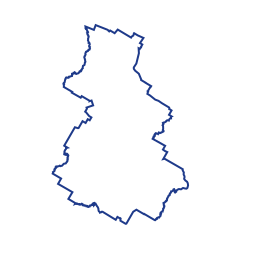 Central Goldfields, Victoria, Australia, rotated 22°
{"feature_id": "25037944B6031326285684", "entity_name": "Central Goldfields", "entity_type": "district", "adm_level": 2, "iso_a3": "AUS", "parent_name": "Australia", "parent_adm1": "Victoria", "projection": "natural_earth1", "projection_center": [143.694, -36.979], "detail": "fine", "context": "isolated", "style": "outline", "palette": "blue", "viewbox_px": 256, "rotation_deg": 22, "n_neighbors": 0, "source": "geoboundaries", "source_scale": "gbopen_adm2", "svg_char_len": 5740}
<svg xmlns="http://www.w3.org/2000/svg" viewBox="0 0 256 256"><g transform="rotate(22 128 128)"><path d="M53.0,113.3L53.1,114.0L62.8,115.4L62.7,116.3L72.8,117.6L73.1,115.8L82.6,117.2L82.6,117.3L83.9,116.2L87.2,120.1L81.9,124.6L82.7,125.5L82.2,128.9L83.3,129.2L87.5,131.5L90.1,131.9L89.6,135.2L87.4,134.9L86.8,139.2L83.3,138.7L82.2,146.5L81.7,146.9L78.5,147.2L75.5,168.3L79.3,168.9L78.6,169.4L78.2,169.4L78.0,169.7L78.4,170.3L78.1,171.6L77.9,171.9L78.0,172.8L77.8,173.3L78.2,174.5L78.5,175.0L78.6,176.2L78.7,176.3L79.0,176.3L79.2,175.3L79.9,174.9L80.5,175.2L80.8,176.1L81.3,175.9L81.4,175.3L81.6,174.9L82.9,175.7L83.0,176.1L82.9,176.8L83.2,177.2L82.9,177.7L83.1,178.5L83.4,179.1L83.9,179.3L83.7,180.3L84.1,180.7L84.1,181.3L84.2,181.5L84.0,181.8L84.0,182.7L83.7,183.0L83.6,184.1L81.8,185.3L81.2,187.1L80.8,187.9L80.1,188.2L79.6,188.7L78.8,188.5L78.1,189.4L77.0,190.0L76.5,191.1L76.1,191.1L75.7,190.8L75.5,191.4L76.0,192.3L75.7,192.7L75.8,193.2L75.3,193.5L75.3,194.2L75.4,194.5L76.0,195.1L75.7,196.0L75.2,196.5L74.9,197.0L75.4,197.8L75.3,198.5L84.9,199.9L84.1,206.0L100.5,208.3L99.3,216.1L107.5,217.4L107.4,218.2L107.7,217.9L108.4,217.8L108.9,217.6L109.0,217.1L110.0,217.3L110.6,217.3L111.0,216.8L111.3,216.7L111.8,217.2L112.0,217.2L112.7,216.8L113.0,216.0L113.2,215.9L113.5,215.5L114.5,215.7L114.5,215.9L114.7,216.1L114.9,216.6L115.8,216.5L116.3,216.0L116.9,216.2L117.0,216.0L117.9,215.7L118.5,216.2L119.4,215.6L119.9,216.2L121.0,216.0L121.2,215.8L121.3,215.0L121.9,214.9L121.8,214.1L122.7,213.7L122.9,213.0L124.0,212.7L124.1,212.2L123.6,211.4L124.1,210.6L124.8,210.1L125.3,210.9L125.6,212.1L126.4,210.4L128.7,212.2L129.6,212.7L130.7,213.8L131.4,215.2L132.2,216.2L133.3,216.4L133.7,216.9L134.0,216.5L134.3,216.5L134.7,216.2L135.1,215.4L135.8,215.2L151.0,217.7L151.5,214.4L154.1,214.8L154.7,214.5L155.2,214.9L155.3,216.0L155.7,216.8L161.7,217.7L162.3,217.3L164.2,203.7L166.4,200.6L175.1,201.9L175.2,201.6L187.4,203.4L187.9,203.2L188.0,202.2L188.4,201.9L188.3,201.6L189.0,201.2L188.7,200.4L189.2,200.1L189.5,199.5L190.4,199.3L190.3,198.8L190.8,198.1L190.8,197.5L191.1,197.1L190.8,196.6L190.8,196.0L190.4,196.0L190.1,195.8L190.2,195.2L190.7,195.2L190.8,195.0L190.0,194.3L190.6,192.9L191.4,192.5L191.2,192.0L191.3,191.4L191.2,191.2L191.3,190.7L190.8,189.7L191.1,189.2L191.2,188.7L191.0,188.4L191.2,187.4L190.7,187.0L190.8,186.5L190.5,186.1L190.0,186.0L189.4,184.7L189.0,184.3L189.5,183.6L189.8,183.5L189.9,183.0L190.4,182.5L190.4,182.0L190.6,181.8L190.4,181.6L190.6,181.0L191.2,180.6L191.1,179.8L190.7,179.2L190.6,178.7L190.9,178.1L190.8,177.5L191.1,176.5L190.9,175.9L191.1,175.3L191.5,175.0L191.5,174.3L191.8,174.3L191.8,174.2L191.3,173.0L192.0,171.9L191.7,170.6L192.4,170.3L193.1,169.5L193.2,167.8L193.4,167.7L193.7,167.4L194.4,167.9L195.4,170.0L195.7,170.2L195.9,170.2L196.6,168.9L196.3,168.2L196.4,167.6L197.7,165.8L198.5,165.4L200.1,165.0L201.5,163.0L203.7,162.7L205.0,162.3L205.5,161.3L205.2,158.7L204.1,156.8L202.9,155.7L200.9,155.2L199.3,154.3L199.0,153.8L198.9,152.6L198.7,152.1L198.3,151.4L197.1,150.4L196.8,149.7L196.4,148.3L194.7,146.9L194.4,146.5L194.2,145.7L173.4,142.8L172.3,143.6L173.4,135.6L171.0,135.5L168.5,134.9L169.1,130.6L154.0,128.7L154.8,128.6L155.4,127.9L155.5,127.4L155.1,127.1L155.1,126.7L154.9,126.5L154.9,126.1L155.3,125.7L155.6,125.8L155.8,125.5L155.5,125.0L155.6,124.6L155.1,124.3L155.2,123.6L155.6,123.3L155.5,122.8L155.6,122.5L156.5,122.5L156.6,122.2L157.0,122.1L158.2,122.4L158.3,121.9L158.6,121.4L158.4,120.6L159.9,120.5L160.3,119.9L160.7,119.7L160.8,119.3L161.4,118.9L162.2,117.9L162.2,117.5L161.0,116.9L161.0,115.8L160.0,113.5L159.7,112.9L159.0,112.5L159.1,111.9L159.4,111.3L159.4,111.1L158.9,110.8L158.4,110.2L158.9,109.6L159.5,109.4L160.5,108.3L160.8,107.7L160.7,107.5L160.9,107.1L161.1,107.1L161.3,106.4L161.5,106.1L162.0,105.9L163.1,105.8L163.0,105.2L163.2,103.8L163.7,103.1L164.3,102.9L163.8,101.8L163.8,101.2L164.1,100.9L161.1,100.4L161.8,95.4L159.8,95.0L159.2,95.1L158.8,94.0L158.4,93.6L150.2,92.3L146.1,91.4L142.6,91.5L136.3,89.6L133.2,89.1L133.1,87.9L132.5,86.7L133.0,86.5L132.7,85.6L133.3,81.7L133.6,81.7L133.8,80.5L127.3,79.5L127.3,79.4L122.2,78.6L122.0,78.0L117.7,73.6L113.2,72.2L111.3,71.0L110.8,70.1L110.7,69.5L111.6,65.1L110.1,54.6L108.0,50.1L109.3,50.3L109.6,48.2L109.9,48.2L109.9,47.8L109.7,47.7L110.0,45.2L107.3,44.8L108.6,38.7L102.4,38.5L98.1,37.8L98.0,38.0L98.2,39.1L98.3,40.3L97.2,41.8L97.0,43.0L81.6,40.6L80.1,45.1L75.0,44.3L74.4,45.5L73.6,45.2L73.6,44.9L71.9,44.6L59.5,44.7L59.6,49.8L50.5,49.8L51.1,50.9L51.2,51.4L51.8,51.9L52.1,51.7L52.7,51.8L52.8,52.3L53.7,52.9L53.9,53.5L54.6,53.7L55.1,54.1L55.0,54.6L54.5,55.2L55.0,55.6L55.4,56.5L56.1,56.7L56.4,57.2L57.1,57.6L57.0,58.0L57.4,58.5L57.4,59.0L57.5,59.3L57.5,60.2L57.8,60.6L58.0,61.7L59.1,62.7L59.6,63.9L60.3,63.6L61.0,64.4L61.3,65.1L61.1,65.9L61.3,66.8L61.8,67.2L62.3,67.2L62.3,67.8L62.8,68.2L62.7,68.6L63.0,69.0L62.9,69.5L62.9,69.9L62.0,70.3L62.0,71.7L61.6,72.1L61.3,72.1L61.1,72.5L60.6,72.9L60.5,73.1L60.7,73.5L60.5,73.9L60.5,74.7L60.7,75.1L60.7,75.4L61.2,75.9L61.0,77.1L61.1,77.5L60.8,77.9L61.0,78.9L62.1,80.1L62.4,80.7L62.8,81.0L63.1,81.9L63.7,82.5L63.7,83.2L63.5,83.5L63.9,85.0L64.0,85.9L63.0,87.2L63.3,88.9L63.7,89.5L63.2,90.6L63.3,91.0L63.0,91.3L62.9,91.6L62.9,92.0L63.1,92.2L62.9,92.4L63.1,93.0L62.2,93.4L62.4,93.7L62.2,94.2L61.8,94.5L61.9,94.9L61.6,95.3L61.4,95.9L60.5,96.6L59.8,96.8L59.8,97.2L59.5,97.3L58.7,97.2L58.1,96.4L57.5,96.3L57.3,96.8L57.6,97.1L57.3,97.6L56.9,97.6L57.0,98.1L55.8,98.7L56.0,99.2L56.4,99.7L56.6,100.6L56.2,100.7L56.2,101.0L55.1,102.0L54.0,102.5L53.9,102.7L54.2,103.4L53.6,104.0L52.1,104.1L51.7,104.4L51.6,105.1L51.8,105.8L51.5,106.3L51.7,106.7L51.7,107.3L52.1,109.3L51.5,110.5L51.5,111.1L51.6,111.3L52.4,111.4L52.4,112.2L52.7,112.9L53.0,113.3Z" fill="none" stroke="#1e3a8a" stroke-width="2"/></g></svg>